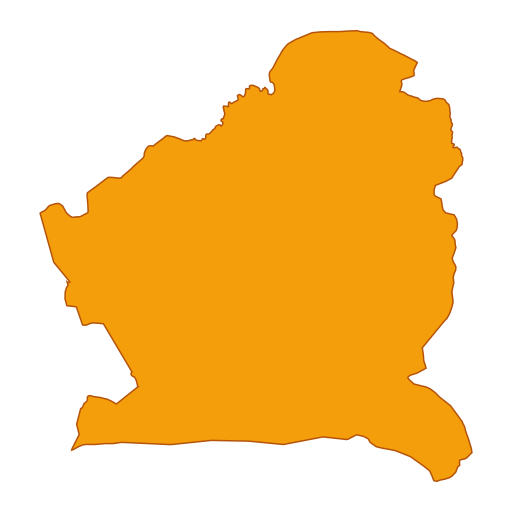 Home, Vientiane, Laos
{"feature_id": "54806243B40513758321567", "entity_name": "Home", "entity_type": "district", "adm_level": 2, "iso_a3": "LAO", "parent_name": "Laos", "parent_adm1": "Vientiane", "projection": "albers", "projection_center": [103.339, 18.699], "detail": "fine", "context": "isolated", "style": "filled", "palette": "amber", "viewbox_px": 512, "rotation_deg": 0, "n_neighbors": 0, "source": "geoboundaries", "source_scale": "gbopen_adm2", "svg_char_len": 5927}
<svg xmlns="http://www.w3.org/2000/svg" viewBox="0 0 512 512"><path d="M40.1,213.2L53.8,262.3L69.9,281.9L68.3,282.6L67.1,281.8L68.0,285.0L66.4,287.9L65.2,291.9L65.0,298.8L66.9,305.7L76.3,306.8L82.6,325.0L83.2,325.1L86.4,325.1L89.3,323.8L90.7,323.3L92.2,323.0L93.7,322.9L95.4,323.0L96.9,323.2L98.6,323.2L100.5,323.5L103.4,323.7L132.0,372.0L131.0,373.4L131.1,374.6L131.8,375.6L133.4,376.7L134.0,376.8L134.6,377.2L135.1,378.1L135.7,379.2L136.4,380.9L137.3,384.5L137.6,386.2L138.2,386.6L116.4,404.0L113.5,402.3L110.7,400.8L107.0,399.1L104.8,398.7L100.1,397.4L97.7,397.2L93.3,396.5L90.5,395.7L89.2,395.6L88.0,396.2L87.3,397.3L87.4,400.1L87.1,400.8L86.1,401.9L84.0,403.6L82.7,406.9L82.1,407.8L80.7,408.5L76.6,424.3L79.2,434.5L73.2,446.5L72.3,448.1L71.7,450.1L73.2,449.6L78.9,446.5L82.7,444.9L86.2,444.4L94.2,444.5L105.0,443.6L113.0,443.6L120.2,442.5L122.9,442.4L170.7,444.6L211.2,440.4L248.4,441.1L283.4,444.5L323.0,436.9L346.6,439.5L348.0,439.2L356.1,435.0L357.5,434.9L363.8,436.5L368.2,438.8L370.2,442.4L376.2,446.7L382.5,448.2L387.7,449.1L394.4,450.4L396.0,450.9L410.4,456.6L424.0,466.3L429.7,470.9L431.6,475.0L433.8,480.6L437.0,481.3L440.0,480.1L444.9,479.1L449.7,477.6L452.1,476.0L455.8,472.1L457.5,467.2L459.7,465.3L459.5,462.4L459.6,460.3L461.2,459.6L464.8,458.9L466.9,457.7L471.9,452.6L471.3,448.2L470.1,444.7L469.0,440.6L465.6,431.0L464.5,426.6L462.8,423.3L462.2,421.6L450.6,405.8L439.0,396.6L435.6,393.0L430.4,389.0L426.5,387.1L420.3,385.6L414.0,384.0L409.5,379.9L407.8,377.9L408.2,376.7L410.6,375.1L417.3,373.0L426.1,368.1L423.7,360.4L423.4,355.2L422.3,347.8L444.1,321.3L447.0,318.3L447.8,316.7L448.1,316.4L449.8,313.0L451.7,307.7L453.1,302.3L451.9,291.8L452.9,286.5L453.8,282.8L453.2,277.0L454.0,274.5L454.1,273.6L455.6,270.4L455.9,266.9L454.9,264.6L453.1,261.5L452.2,258.0L454.0,253.5L455.9,247.7L455.2,244.3L454.9,240.0L453.0,237.1L451.9,235.6L452.3,234.5L456.1,230.6L457.1,227.7L457.4,223.9L456.6,219.2L454.2,214.9L445.8,212.9L443.1,210.0L442.2,206.0L441.6,201.8L441.0,198.9L435.4,196.2L434.7,195.4L434.1,194.3L434.1,189.8L435.5,185.3L445.7,181.4L451.6,178.3L459.3,166.6L462.0,164.4L462.3,163.1L462.3,161.6L462.7,160.7L462.7,159.6L462.8,158.6L462.7,157.6L462.2,156.7L461.6,155.8L461.5,155.2L461.7,154.0L461.5,153.2L460.7,151.9L460.4,150.3L460.1,149.6L459.4,149.0L458.5,148.7L458.1,148.5L457.6,147.7L457.3,147.3L456.7,147.2L456.1,147.2L453.8,147.8L453.4,147.7L453.0,147.1L452.9,146.6L453.0,146.3L453.4,145.9L454.0,145.6L454.2,145.1L454.2,144.3L454.0,144.1L453.4,143.8L451.8,143.4L451.6,142.1L451.7,140.3L451.8,138.9L452.2,138.0L452.0,136.3L452.0,134.8L452.6,132.5L452.5,131.9L451.1,130.4L450.9,129.7L451.0,128.7L452.0,125.8L452.4,124.4L452.3,123.8L451.1,122.0L451.0,121.4L451.2,120.3L451.0,119.4L450.0,117.6L449.9,116.5L450.2,113.5L450.2,112.7L449.9,111.4L449.8,108.7L449.0,105.0L448.3,104.1L446.0,102.0L445.5,100.7L444.9,99.9L444.3,99.5L443.2,98.9L438.4,98.4L436.6,98.4L433.8,99.0L432.5,99.4L430.4,100.6L428.3,101.0L425.5,101.3L423.8,101.2L422.0,100.8L420.3,100.2L418.6,98.6L417.6,97.9L414.6,97.2L410.9,95.9L409.8,95.7L407.5,94.8L406.7,94.1L404.6,92.6L403.4,92.0L402.6,91.8L400.5,91.7L399.7,91.6L401.1,87.7L401.8,85.0L401.9,83.6L401.4,82.2L401.3,80.9L401.6,80.3L402.3,79.6L405.0,78.7L409.3,77.5L413.8,75.7L414.1,75.3L414.1,74.3L414.1,73.1L413.7,70.7L413.9,69.8L417.3,62.5L415.1,60.9L409.3,58.0L404.7,55.5L400.4,53.5L393.5,50.0L389.8,48.4L384.7,43.7L378.1,38.9L374.2,35.5L372.5,33.5L371.1,33.0L368.6,32.4L360.1,31.6L357.1,30.7L346.9,31.1L339.7,31.6L330.1,31.6L320.4,31.9L312.1,32.7L295.6,39.5L288.4,43.6L286.7,45.2L284.2,48.1L281.9,51.2L280.6,53.8L277.7,58.6L273.3,67.2L272.4,68.6L269.9,71.8L269.3,73.8L269.3,75.9L269.8,78.3L270.0,81.0L270.7,82.0L272.0,82.3L273.2,83.1L273.9,84.1L274.6,87.0L274.6,88.1L274.8,89.1L274.8,90.4L274.3,91.9L273.7,93.0L271.2,94.8L270.5,94.6L269.7,94.2L268.4,94.2L268.1,93.9L267.9,93.3L268.1,92.2L268.0,91.2L267.7,90.3L267.3,89.5L266.3,88.8L265.6,88.1L265.4,87.6L265.0,87.4L264.7,87.8L264.5,88.2L264.0,88.5L263.2,88.6L262.8,89.0L262.8,89.7L262.4,90.4L261.8,90.9L260.6,91.3L260.1,91.1L260.0,90.7L259.7,89.3L259.2,88.4L258.5,87.7L256.4,86.7L254.0,85.8L252.9,85.3L250.5,85.4L249.8,85.8L249.4,86.6L249.5,88.0L249.3,88.6L248.9,88.9L246.3,88.6L245.9,88.9L245.6,89.6L245.6,91.6L245.3,93.6L244.9,94.8L244.0,96.5L242.8,96.7L240.4,94.9L239.4,94.5L238.7,94.7L237.9,95.2L237.4,95.8L237.5,96.4L238.1,98.1L238.2,99.3L238.1,99.7L237.3,100.4L232.7,103.0L231.4,103.5L230.7,103.2L230.1,102.4L229.5,102.1L228.9,102.2L228.6,102.6L228.4,104.5L228.5,106.4L228.1,106.7L226.9,106.4L223.8,106.0L223.3,106.6L223.3,107.7L223.9,109.5L224.0,110.9L224.6,112.7L224.7,114.5L224.4,115.5L223.6,117.3L223.6,118.1L223.1,118.9L222.2,118.8L221.6,119.1L221.0,120.0L221.2,121.1L222.7,122.1L222.9,122.7L222.9,123.3L222.8,123.7L222.6,124.3L221.4,126.0L220.9,125.8L220.4,125.3L219.6,124.8L218.9,124.9L218.3,125.0L216.1,126.1L215.3,127.1L214.9,128.3L214.1,129.1L213.0,129.7L212.2,130.8L210.0,133.2L208.6,134.0L207.2,134.0L206.3,134.3L205.8,135.1L205.7,137.3L205.5,138.6L204.8,139.3L204.2,139.2L202.7,138.6L202.2,139.1L201.9,140.0L201.4,140.7L199.5,140.7L196.8,140.3L195.7,139.8L194.9,138.7L194.2,138.4L193.8,138.6L193.5,139.3L192.6,139.8L191.0,139.9L188.0,140.8L186.2,140.9L184.4,140.8L182.1,140.0L179.7,138.9L174.3,136.9L167.4,135.6L166.5,135.8L165.1,136.7L164.2,137.6L155.0,144.5L153.8,145.9L152.7,145.9L151.2,145.8L150.1,145.8L148.6,146.1L147.7,146.9L146.3,148.6L145.0,151.2L144.4,152.9L144.1,155.9L143.8,156.8L143.2,157.9L133.7,166.2L130.9,169.1L122.8,176.0L121.3,177.8L120.2,178.0L118.8,178.1L111.9,177.4L109.4,177.3L108.3,177.4L107.1,178.0L105.2,179.5L96.0,186.5L91.6,189.7L87.5,192.7L87.1,193.7L87.2,196.8L87.8,204.0L88.1,211.2L87.8,212.7L83.3,215.0L81.1,216.3L79.3,216.8L74.8,217.0L73.1,217.4L71.9,217.1L70.5,216.4L67.2,213.7L65.9,212.0L63.7,207.9L62.5,205.9L60.8,204.6L58.7,203.5L57.4,203.5L55.5,203.7L49.6,205.5L47.8,207.2L46.2,209.2L44.4,210.8L41.8,212.0L40.1,213.2Z" fill="#f59e0b" stroke="#b45309" stroke-width="1.5"/></svg>